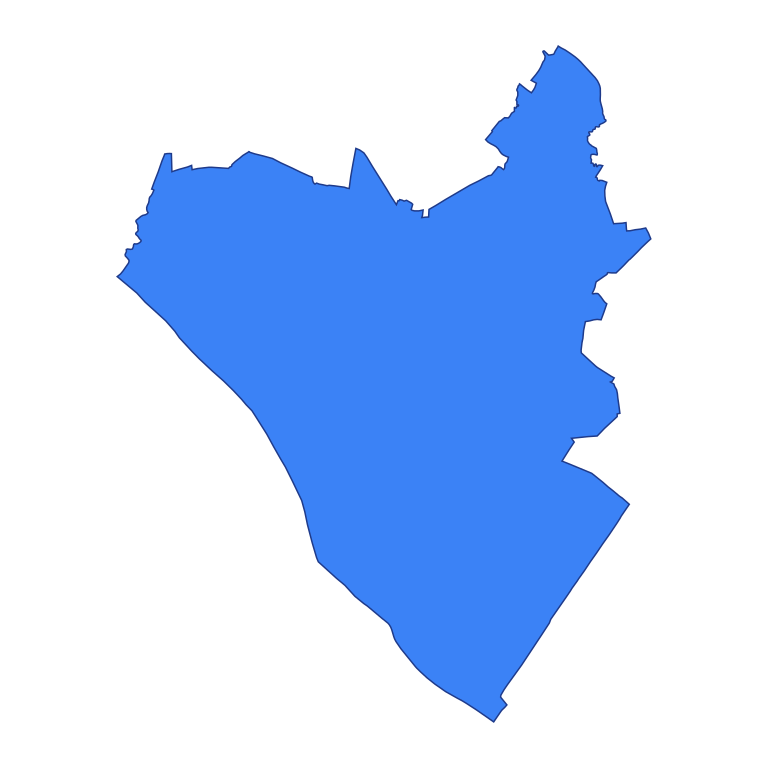 Lai Vung, Can Tho, Vietnam (orthographic projection)
{"feature_id": "81297802B97779454887068", "entity_name": "Lai Vung", "entity_type": "district", "adm_level": 2, "iso_a3": "VNM", "parent_name": "Vietnam", "parent_adm1": "Can Tho", "projection": "orthographic", "projection_center": [105.672, 10.244], "detail": "fine", "context": "isolated", "style": "filled", "palette": "blue", "viewbox_px": 768, "rotation_deg": 0, "n_neighbors": 0, "source": "geoboundaries", "source_scale": "gbopen_adm2", "svg_char_len": 6076}
<svg xmlns="http://www.w3.org/2000/svg" viewBox="0 0 768 768"><path d="M629.3,504.3L622.2,498.0L619.5,496.2L612.7,490.5L608.2,487.0L602.9,482.3L591.7,473.3L569.3,464.0L562.0,461.1L569.2,449.6L574.2,442.1L571.5,438.3L588.1,436.6L597.2,436.0L604.5,428.4L617.2,416.6L617.2,413.9L619.9,413.3L619.2,407.7L617.8,397.8L617.4,393.7L616.6,389.8L614.6,386.3L613.9,384.0L610.5,382.0L612.3,381.2L614.2,377.9L610.9,376.1L597.4,367.5L595.4,365.9L581.3,352.9L581.1,350.2L582.0,342.6L582.9,338.3L583.6,330.5L585.4,321.6L589.7,320.9L593.8,319.8L597.2,319.4L601.1,319.8L603.8,312.5L606.8,303.8L605.1,302.5L603.6,300.7L600.9,296.9L598.3,293.9L597.3,293.5L595.1,293.5L593.2,293.9L592.4,293.6L592.6,292.6L593.9,290.0L595.0,287.0L595.6,283.7L596.2,281.8L604.7,275.9L606.0,275.1L607.3,273.9L607.5,272.8L608.0,272.6L611.7,272.9L616.1,272.9L623.5,265.7L629.1,259.8L629.9,259.3L632.4,256.9L638.1,251.2L641.3,247.8L647.8,241.6L650.8,238.9L648.4,233.0L645.7,228.0L640.5,229.1L635.4,229.7L629.8,230.8L626.7,230.9L626.4,228.7L626.0,222.6L622.1,223.2L613.6,223.7L610.4,214.1L605.6,201.5L604.9,196.0L604.7,190.4L605.5,186.3L606.8,182.3L602.2,180.5L599.8,180.3L599.5,180.9L598.5,180.7L597.8,180.3L597.4,179.6L597.3,178.7L597.0,177.8L596.5,177.3L595.7,177.2L596.0,176.3L600.2,170.0L602.7,165.7L600.6,165.2L598.9,165.1L598.3,165.4L597.0,166.7L596.5,166.3L596.5,164.9L596.2,164.2L595.8,164.0L595.3,164.1L594.9,164.5L594.6,165.9L594.2,166.3L593.9,166.0L593.2,163.9L592.8,163.2L592.0,163.1L591.1,163.1L591.5,159.7L590.6,158.0L590.9,155.1L591.5,154.5L592.8,154.3L594.1,154.3L597.0,155.0L597.2,154.6L597.3,154.3L597.3,153.5L596.9,152.1L596.7,150.0L596.3,148.4L591.4,145.7L590.9,145.0L590.0,144.5L589.2,143.7L588.4,142.5L587.8,141.5L587.5,140.7L587.6,137.9L587.4,137.2L587.4,136.7L587.9,136.2L588.6,135.9L589.8,135.0L589.7,134.2L588.8,132.8L588.9,132.1L589.3,131.8L591.6,131.9L592.4,131.6L592.9,129.9L593.4,129.4L594.8,129.2L595.2,128.8L595.3,127.4L595.6,126.9L596.2,126.7L598.0,126.9L598.9,126.9L599.4,126.4L599.5,124.8L600.7,124.0L601.8,123.6L603.5,122.8L605.0,121.8L605.9,121.0L605.9,120.3L605.6,119.7L604.8,119.4L604.3,118.7L604.0,116.6L602.8,114.1L602.6,113.0L602.7,111.4L602.3,108.8L600.8,103.3L600.3,101.1L600.2,99.2L600.4,94.9L600.3,88.4L599.8,86.0L598.9,83.7L597.4,80.7L595.1,77.6L582.4,63.8L580.7,61.9L578.3,59.6L575.1,56.9L570.7,53.7L565.2,50.0L561.3,48.0L558.2,46.1L557.8,47.0L555.3,51.0L554.1,53.6L553.8,54.1L553.5,54.3L550.5,54.9L548.6,55.1L544.4,51.1L544.0,50.9L543.5,51.0L543.0,51.3L542.9,51.5L542.9,51.9L545.0,55.9L545.1,56.6L544.9,58.0L544.6,59.6L544.3,60.3L543.0,61.9L540.8,67.1L538.8,70.6L535.7,74.8L531.1,80.3L536.4,83.2L534.9,87.5L533.4,90.1L531.4,92.8L527.5,90.2L521.7,85.6L520.6,84.6L519.5,83.9L519.2,84.9L518.1,86.1L517.7,87.8L516.9,89.3L516.9,89.8L516.9,90.4L517.7,91.8L517.8,92.7L517.8,94.9L517.7,95.8L516.1,100.0L516.9,101.4L516.9,104.5L517.1,104.7L518.4,104.9L518.6,105.4L518.5,105.8L518.1,106.2L517.6,106.3L516.8,106.2L516.5,106.3L516.5,107.3L516.0,108.0L515.4,108.0L514.9,107.8L514.6,107.5L514.4,107.6L514.4,111.4L511.6,113.2L509.8,116.3L508.3,117.9L504.6,117.7L502.7,119.2L500.7,120.9L499.3,121.4L491.8,130.7L492.4,131.6L485.6,139.6L487.9,142.0L490.8,143.8L493.6,145.2L496.1,146.7L498.3,148.9L499.9,151.5L501.5,153.6L503.2,154.9L506.2,156.4L508.5,157.2L507.3,161.2L506.6,162.3L505.2,163.7L504.8,165.1L504.8,166.7L504.5,168.3L503.6,169.6L502.7,169.1L501.1,167.7L499.7,167.0L498.1,166.7L498.0,167.0L491.6,174.9L490.8,175.3L488.5,175.7L478.8,180.9L469.8,185.3L445.7,199.4L435.6,205.6L429.0,209.4L428.6,217.0L425.1,217.2L421.8,217.6L422.5,215.4L423.1,210.0L418.8,210.9L414.6,210.9L412.0,210.3L411.2,209.6L412.7,204.3L411.5,203.1L406.5,200.3L404.1,201.1L402.2,200.2L399.7,199.6L399.1,200.8L398.0,200.7L396.4,204.7L390.7,195.9L386.6,189.0L372.4,166.4L366.9,157.2L363.9,152.9L359.7,150.0L355.9,148.4L352.9,164.2L350.7,176.9L349.2,188.5L347.0,188.1L344.4,187.2L334.9,185.9L329.2,185.3L327.1,185.7L322.6,184.7L319.3,184.1L316.6,183.1L315.0,184.1L314.3,183.6L313.5,182.6L312.9,181.3L312.4,178.8L312.3,177.6L311.9,177.0L309.5,176.2L300.8,172.3L292.0,168.0L280.5,162.7L272.5,158.5L263.4,156.0L254.9,153.9L249.8,152.3L249.4,151.8L248.9,151.6L247.9,152.4L246.0,153.5L242.8,155.5L239.5,158.3L235.3,161.5L232.0,164.6L231.5,166.4L229.8,167.0L228.5,168.4L212.0,167.3L208.7,167.3L197.9,168.5L192.1,169.7L191.6,165.4L187.5,167.0L179.2,169.3L171.9,171.7L171.4,153.6L169.6,153.5L167.1,153.6L164.7,154.0L164.3,155.3L162.0,160.9L158.2,171.9L154.3,181.9L151.7,189.1L152.8,189.4L153.9,190.1L152.4,193.6L151.1,195.7L149.7,197.2L149.2,198.8L149.1,200.5L148.6,202.9L147.3,205.6L146.7,207.4L146.7,209.4L147.1,211.0L148.1,212.6L147.4,213.6L145.6,214.7L142.7,215.4L140.8,216.5L136.1,220.4L135.9,221.5L137.5,224.5L137.9,225.5L137.8,228.2L138.2,229.9L137.7,231.4L136.3,232.5L135.7,233.5L135.9,234.5L137.4,235.8L138.5,237.1L139.1,238.2L140.2,239.5L141.1,240.3L141.1,240.9L140.7,241.7L139.4,242.8L137.7,243.7L136.1,244.0L134.5,243.8L133.8,244.3L133.5,245.3L133.4,246.6L132.4,249.0L130.8,249.4L127.5,249.0L126.3,249.5L126.4,251.7L125.1,254.5L125.3,255.9L127.6,258.4L129.0,260.3L129.0,261.4L128.5,263.1L122.9,271.1L120.5,274.0L117.2,276.6L136.8,293.0L145.2,302.2L165.7,320.8L174.8,331.2L179.4,337.8L191.8,351.2L199.5,359.0L212.3,371.0L223.5,380.9L233.4,390.6L241.4,399.1L246.1,404.7L252.0,410.8L256.8,418.3L266.9,434.3L273.8,447.0L280.4,458.6L285.4,467.0L292.6,481.5L301.7,500.5L304.8,511.8L307.5,524.8L312.3,543.1L316.6,557.7L318.3,561.8L336.5,578.3L344.9,585.3L354.9,596.3L363.7,603.5L367.3,606.0L382.3,618.6L387.9,623.1L389.2,624.6L390.7,627.1L391.7,629.6L393.8,636.7L394.6,638.9L396.0,641.6L401.1,649.0L415.3,666.5L416.8,668.2L420.8,672.1L427.1,677.9L434.9,684.1L445.6,691.6L457.5,698.3L462.2,700.8L466.6,703.5L476.6,710.0L493.7,721.9L500.8,711.5L502.0,710.0L505.0,707.1L506.9,704.9L500.6,697.1L500.9,695.1L504.1,689.6L507.3,684.9L521.6,665.1L537.4,641.2L541.4,635.2L549.3,623.1L550.8,619.2L565.9,597.5L570.4,590.9L572.1,588.1L577.3,580.9L578.6,578.8L584.4,570.7L590.5,561.5L596.4,553.2L602.6,544.0L609.2,534.7L616.6,523.7L620.1,518.2L621.1,516.3L629.3,504.3Z" fill="#3b82f6" stroke="#1e3a8a" stroke-width="1.5"/></svg>